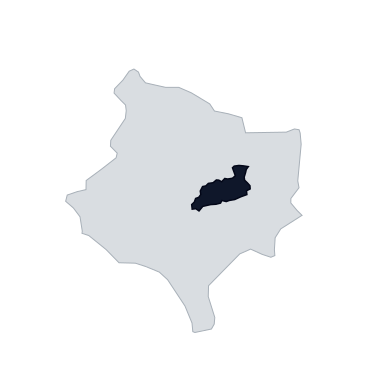 where Lipljan sits in Kosovo, rotated 340°
{"feature_id": "KOS-5903", "entity_name": "Lipljan", "entity_type": "District", "adm_level": 1, "iso_a3": "XKX", "parent_name": "Kosovo", "parent_adm1": "", "projection": "orthographic", "projection_center": [21.101, 42.527], "detail": "fine", "context": "in_parent", "style": "filled", "palette": "ink", "viewbox_px": 384, "rotation_deg": 340, "n_neighbors": 0, "source": "natural_earth", "source_scale": "10m", "svg_char_len": 1622}
<svg xmlns="http://www.w3.org/2000/svg" viewBox="0 0 384 384"><g transform="rotate(340 192 192)"><path d="M114.8,139.6L132.4,133.9L135.0,129.9L131.0,121.1L133.4,115.6L154.5,100.1L158.0,93.1L159.3,87.5L156.5,81.6L152.6,72.4L154.6,68.5L165.4,63.2L174.3,57.0L179.5,56.6L182.7,61.0L182.7,65.6L185.6,73.5L192.1,77.7L202.9,84.6L215.4,89.2L225.3,98.6L238.8,115.3L240.8,123.6L253.0,131.0L264.3,139.3L262.6,154.7L301.1,168.0L309.8,167.8L313.9,170.1L313.8,173.6L310.9,184.5L295.2,217.7L294.0,224.6L282.7,231.9L281.1,236.1L284.4,245.2L287.4,251.6L287.2,251.6L262.8,257.0L254.5,263.4L249.7,274.4L248.1,280.1L243.8,280.3L236.6,274.6L227.5,265.7L215.7,266.5L175.5,285.7L171.5,295.8L170.5,317.7L167.7,323.7L163.4,327.4L146.7,325.0L145.0,323.5L147.2,315.1L146.4,296.7L139.1,266.1L133.9,256.1L122.9,246.1L114.4,239.5L99.2,233.5L91.6,216.7L80.1,197.6L74.5,193.2L75.5,191.3L78.3,177.0L75.1,166.5L70.1,157.5L73.7,152.2L84.4,152.4L93.2,153.5L96.5,145.0L114.8,139.6Z" fill="#d9dde1" stroke="#a8b0b8" stroke-width="1"/><path d="M187.4,203.7L190.7,202.3L193.2,199.3L196.5,199.3L199.4,197.4L200.1,193.9L203.8,190.5L207.1,191.0L210.3,189.5L215.0,190.5L219.0,189.0L221.2,190.0L223.4,192.5L227.4,190.5L230.0,192.0L234.7,192.9L238.3,191.5L238.3,187.5L238.3,183.1L240.5,182.1L245.2,183.1L249.2,185.0L253.6,187.4L250.7,189.4L248.9,192.2L246.1,195.9L245.5,198.9L247.2,202.4L248.6,205.9L247.7,209.0L243.6,209.5L242.7,213.2L236.2,213.2L229.6,213.7L224.1,212.7L220.9,212.7L217.2,210.2L215.0,212.2L210.3,211.7L205.2,210.2L201.2,209.7L197.2,209.2L192.1,212.2L189.9,209.0L186.3,208.2L187.4,203.7Z" fill="#0f172a" stroke="#020617" stroke-width="1.5"/></g></svg>